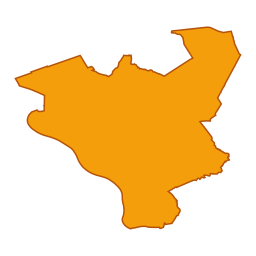 Zwolle, Overijssel, Netherlands
{"feature_id": "6326949B35922882821703", "entity_name": "Zwolle", "entity_type": "district", "adm_level": 2, "iso_a3": "NLD", "parent_name": "Netherlands", "parent_adm1": "Overijssel", "projection": "equal_earth", "projection_center": [6.14, 52.514], "detail": "fine", "context": "isolated", "style": "filled", "palette": "amber", "viewbox_px": 256, "rotation_deg": 0, "n_neighbors": 0, "source": "geoboundaries", "source_scale": "gbopen_adm2", "svg_char_len": 5588}
<svg xmlns="http://www.w3.org/2000/svg" viewBox="0 0 256 256"><path d="M231.2,31.3L223.5,32.5L222.9,32.4L218.1,31.1L210.2,27.5L209.7,27.4L207.0,27.2L171.9,31.0L171.6,31.5L171.7,32.1L171.9,32.3L171.9,32.5L171.6,32.7L171.8,32.9L172.5,33.0L172.8,32.9L173.5,33.0L175.0,33.0L176.5,33.8L177.9,34.3L180.0,34.4L180.5,34.7L181.4,35.6L182.1,36.7L182.6,37.0L182.8,37.5L183.3,39.6L184.1,44.4L192.8,58.2L190.9,59.0L190.5,59.2L164.2,76.2L160.2,74.2L159.2,73.8L158.9,74.0L155.0,72.1L153.1,71.8L152.7,71.5L152.6,71.2L152.3,70.6L152.0,70.4L151.3,70.1L150.6,69.9L150.3,69.9L150.0,70.1L149.2,70.7L148.4,70.7L147.1,70.5L146.3,70.1L145.7,69.5L145.2,69.5L144.7,69.5L144.4,69.2L144.2,69.2L144.4,69.4L144.1,69.4L143.7,69.5L140.8,68.6L139.8,69.0L139.1,67.9L138.9,67.5L138.7,67.5L138.6,67.4L138.1,67.5L138.2,67.2L137.8,67.1L137.3,66.8L137.0,66.2L136.5,65.3L136.0,64.8L134.9,64.4L134.6,64.4L134.4,64.0L133.8,64.3L133.4,64.3L132.1,64.3L131.0,64.0L130.8,63.9L130.8,63.7L131.0,63.1L130.9,63.0L131.1,61.4L131.5,59.0L131.3,57.0L131.1,57.0L131.0,56.6L131.1,55.3L128.9,55.2L128.9,55.7L124.9,55.5L123.8,55.3L123.3,56.2L123.2,56.8L121.4,59.2L121.0,60.3L119.1,62.2L118.7,63.6L118.6,64.6L118.4,65.4L118.1,65.9L117.8,67.0L117.6,67.3L117.4,67.5L116.9,67.9L115.8,68.2L115.3,68.6L112.9,71.2L112.6,71.8L112.4,73.2L112.1,73.6L111.9,74.3L108.6,76.6L107.2,75.8L106.9,75.9L106.6,75.6L105.6,75.2L103.2,74.8L99.6,73.8L96.5,72.3L96.1,71.7L95.3,71.4L93.5,71.0L92.1,70.3L94.2,69.6L93.2,67.9L91.4,66.5L87.7,67.8L84.2,62.1L84.0,61.7L83.8,61.5L81.4,57.4L81.2,57.2L81.1,56.9L80.1,55.5L47.7,66.8L47.4,66.2L31.0,72.0L31.5,72.9L15.4,78.5L18.2,83.3L18.6,84.0L18.8,84.5L19.0,85.1L19.3,85.7L19.9,85.9L19.9,86.0L27.3,88.3L27.2,88.2L32.6,90.1L32.9,90.2L32.9,90.3L39.3,93.0L44.5,95.4L44.3,105.0L43.9,105.6L44.2,105.9L44.2,106.2L44.2,110.8L43.2,111.0L42.3,111.2L42.0,111.4L41.2,111.3L40.5,111.5L39.7,111.5L39.0,111.4L38.4,111.4L37.1,110.0L31.7,112.0L29.9,113.8L29.0,114.9L28.3,116.3L27.5,118.8L27.4,119.7L27.4,120.8L27.5,121.9L27.8,122.9L28.0,123.5L28.8,124.9L30.0,126.6L31.8,128.4L33.6,129.8L36.9,132.0L38.1,132.7L39.7,133.5L43.5,135.1L51.2,137.3L55.4,138.9L57.5,139.8L60.3,141.3L69.2,146.9L70.8,148.0L72.6,149.6L73.2,150.4L74.9,152.9L76.6,156.0L77.8,159.0L78.7,161.0L79.6,162.6L80.8,164.4L82.1,166.1L83.2,167.4L85.5,169.4L87.1,170.6L89.4,172.1L90.9,172.9L93.0,173.9L96.3,175.1L102.6,176.8L104.9,177.5L106.9,178.3L108.5,179.1L111.4,181.0L113.8,182.7L114.6,183.4L117.8,186.4L119.6,188.5L120.3,189.5L120.8,190.4L121.6,192.2L122.0,193.4L122.2,194.9L122.3,198.3L122.5,200.6L122.9,203.0L123.6,205.7L123.8,207.0L123.9,208.2L124.0,209.8L124.0,211.6L123.8,213.5L123.4,215.4L122.4,218.3L122.3,218.8L122.2,220.0L122.6,221.6L123.2,223.0L123.9,224.1L124.9,225.3L125.6,225.9L126.9,226.9L128.0,227.6L130.5,228.8L132.7,228.1L134.1,227.9L134.8,227.9L135.3,227.7L139.8,226.7L142.6,226.3L144.2,226.4L145.2,226.3L145.8,226.3L147.7,227.0L149.0,227.2L154.9,227.4L159.2,227.3L159.9,228.3L160.5,228.4L162.0,227.9L163.0,227.4L163.3,227.3L163.6,226.9L163.6,226.6L164.0,225.6L164.1,224.8L164.1,224.5L164.2,224.2L164.4,223.2L164.8,223.0L165.6,224.4L172.0,223.4L172.4,222.3L172.9,221.9L173.9,220.4L175.2,218.4L176.5,215.9L176.7,215.7L177.9,215.5L178.1,215.3L178.4,215.0L178.5,213.6L178.6,213.3L179.3,212.8L179.6,212.2L180.1,210.8L180.1,210.3L179.9,209.6L179.1,208.5L178.4,208.1L178.1,207.7L176.9,205.6L177.0,205.3L177.3,204.5L177.2,203.9L177.2,203.1L177.0,202.7L176.4,201.8L176.3,201.7L176.3,201.3L176.6,201.3L176.6,201.2L177.1,201.2L177.1,200.7L176.9,200.5L176.6,200.2L176.4,199.8L175.9,199.3L174.6,198.0L173.0,195.6L171.8,194.3L170.8,193.3L169.9,192.7L168.2,191.6L176.0,186.9L176.6,187.4L187.8,182.6L188.2,182.4L188.4,182.3L193.4,180.3L195.4,180.1L196.3,180.4L197.7,178.3L200.1,178.7L200.2,178.8L200.1,179.1L200.4,179.0L201.4,177.2L202.2,177.3L202.3,177.4L203.0,177.7L204.6,177.7L205.0,177.5L203.9,175.6L204.5,175.0L207.7,175.5L208.0,175.7L208.7,175.8L209.4,176.0L209.6,176.0L209.7,175.7L210.2,175.0L210.3,174.7L210.4,174.0L210.3,173.7L211.0,173.6L212.6,173.7L212.7,174.0L212.8,174.0L216.7,173.9L217.5,173.8L217.7,173.4L218.6,172.4L220.4,172.4L220.8,172.5L221.6,170.8L222.1,170.8L222.0,170.6L221.2,168.2L220.6,167.3L220.7,167.1L221.7,166.2L222.1,166.2L222.4,165.6L222.8,165.2L223.1,164.8L223.1,164.6L222.9,164.5L224.2,162.7L224.4,162.4L225.5,161.9L225.1,161.5L225.7,161.2L226.5,160.9L227.3,160.5L228.1,160.2L229.2,160.0L229.2,159.9L230.0,159.7L229.1,159.9L227.6,157.2L228.9,156.7L229.0,156.1L228.9,155.9L228.5,155.5L228.8,154.8L228.8,154.5L228.9,154.3L228.6,153.9L228.3,153.7L226.7,153.2L225.5,153.6L225.3,153.3L224.5,152.8L224.0,152.6L223.6,152.3L223.3,152.3L223.0,151.9L222.7,151.9L222.4,151.8L222.1,151.6L222.0,151.3L221.5,151.0L220.8,150.9L220.6,150.7L220.5,150.2L220.3,150.0L219.6,150.2L219.3,150.2L219.1,149.9L219.2,149.6L219.2,149.4L217.8,148.8L217.4,149.1L216.8,148.3L216.3,148.2L216.0,148.0L215.5,146.8L215.6,146.3L215.5,146.0L214.6,145.4L214.3,145.3L214.5,144.0L214.2,142.7L213.3,141.8L212.0,140.3L211.4,139.8L211.9,139.2L212.0,138.8L212.0,138.3L211.9,137.9L211.6,137.6L211.8,137.2L211.6,136.8L202.8,125.3L201.8,124.2L199.9,121.7L201.3,121.3L205.7,120.9L209.3,120.9L209.9,121.1L210.4,121.0L210.4,120.8L210.0,120.7L210.2,119.9L210.5,118.9L213.9,116.4L215.7,115.3L215.5,114.9L215.3,113.5L215.5,113.1L216.2,112.1L217.4,110.3L221.3,103.9L217.6,98.0L218.3,96.8L218.2,96.8L220.4,92.8L221.0,92.2L221.0,91.5L223.6,86.7L223.9,86.6L225.1,84.5L224.8,84.7L224.6,84.6L225.2,83.6L234.4,66.5L234.6,66.4L234.6,66.2L235.6,64.2L240.6,54.8L239.2,53.8L235.0,44.7L234.8,44.6L233.9,40.5L233.7,40.5L232.9,36.4L232.6,36.3L231.2,31.3Z" fill="#f59e0b" stroke="#b45309" stroke-width="1.5"/></svg>